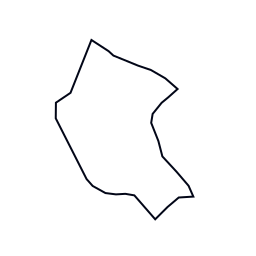 the border of Sant Julià de Lòria, rotated 56°
{"feature_id": "AND-4882", "entity_name": "Sant Julià de Lòria", "entity_type": "state/province", "adm_level": 1, "iso_a3": "AND", "parent_name": "Andorra", "parent_adm1": "", "projection": "natural_earth1", "projection_center": [1.502, 42.473], "detail": "fine", "context": "isolated", "style": "outline", "palette": "ink", "viewbox_px": 256, "rotation_deg": 56, "n_neighbors": 0, "source": "natural_earth", "source_scale": "10m", "svg_char_len": 497}
<svg xmlns="http://www.w3.org/2000/svg" viewBox="0 0 256 256"><g transform="rotate(56 128 128)"><path d="M147.2,190.9L79.6,182.5L66.7,173.6L66.7,156.0L34.6,109.1L53.5,101.1L59.8,99.6L81.9,84.8L92.7,76.6L107.7,69.3L123.4,65.1L125.1,77.7L125.9,86.0L130.1,99.7L136.7,105.9L155.8,110.1L170.8,115.4L191.6,112.2L209.8,110.1L221.4,112.2L214.0,124.8L215.6,139.4L218.9,156.5L187.4,160.4L181.1,167.0L176.3,175.1L169.3,183.1L156.3,189.7L147.2,190.9Z" fill="none" stroke="#020617" stroke-width="2"/></g></svg>